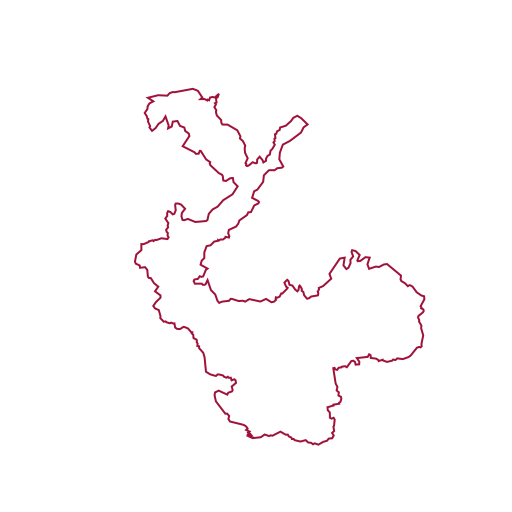 Piaxtla, Puebla, Mexico (orthographic projection), rotated 143°
{"feature_id": "50627088B9303595421400", "entity_name": "Piaxtla", "entity_type": "district", "adm_level": 2, "iso_a3": "MEX", "parent_name": "Mexico", "parent_adm1": "Puebla", "projection": "orthographic", "projection_center": [-98.274, 18.085], "detail": "fine", "context": "isolated", "style": "outline", "palette": "rose", "viewbox_px": 512, "rotation_deg": 143, "n_neighbors": 0, "source": "geoboundaries", "source_scale": "gbopen_adm2", "svg_char_len": 6108}
<svg xmlns="http://www.w3.org/2000/svg" viewBox="0 0 512 512"><g transform="rotate(143 256 256)"><path d="M254.2,438.8L258.8,437.2L259.1,433.4L260.1,430.9L259.6,430.2L261.3,428.4L262.4,423.5L263.7,422.8L263.7,418.5L259.2,418.6L254.3,420.2L249.1,419.9L244.3,421.9L247.2,412.8L249.4,410.8L245.4,410.1L241.6,413.4L237.5,411.1L238.4,405.6L235.9,401.7L237.3,398.5L236.0,394.3L237.0,391.9L248.5,387.8L242.6,375.7L242.6,373.9L240.3,372.2L237.6,373.8L236.9,373.2L237.7,363.1L236.1,358.5L237.5,357.5L237.8,355.9L235.8,344.5L234.3,341.5L234.4,339.9L236.7,336.0L234.9,334.0L229.8,333.6L227.5,332.2L229.5,328.5L228.7,322.7L237.7,319.4L248.6,320.3L256.9,318.5L262.6,319.3L268.3,318.1L273.2,313.9L274.9,314.0L284.0,319.7L288.1,326.6L291.7,327.8L293.0,329.0L291.6,332.7L289.2,335.0L284.2,336.4L284.9,342.3L286.8,345.0L288.6,346.2L289.9,345.4L292.6,340.8L295.8,338.9L297.4,339.3L297.9,342.6L299.2,344.7L301.1,343.8L302.8,341.4L305.9,340.5L306.2,335.0L308.2,333.5L309.0,331.8L312.0,331.0L312.8,329.1L312.5,327.6L314.4,325.4L314.5,323.6L316.5,322.8L320.9,327.1L325.8,328.6L326.8,329.6L328.9,329.6L329.0,330.7L332.7,332.2L333.3,331.8L338.6,333.1L340.4,334.5L344.0,329.7L350.7,329.2L356.1,324.3L356.6,322.2L354.6,318.4L355.7,316.4L351.3,313.8L351.2,310.3L354.7,304.7L354.8,303.0L353.3,301.6L353.8,295.7L352.5,290.3L357.9,288.6L356.0,282.0L357.3,280.2L363.7,279.4L368.1,277.9L368.2,275.0L366.2,271.3L368.5,265.4L369.8,264.0L369.2,259.0L367.5,258.1L367.4,257.0L365.3,254.1L363.9,253.9L362.7,251.8L361.7,251.3L363.6,247.5L362.9,245.3L360.7,243.4L356.5,243.0L355.3,241.5L353.9,239.0L353.6,234.3L352.8,233.4L353.9,232.8L353.5,231.0L355.3,228.0L353.8,225.0L354.1,224.0L355.2,222.9L355.3,221.3L357.0,219.4L355.8,218.1L356.9,216.6L356.4,210.4L358.0,206.1L365.6,193.7L363.8,189.0L360.2,184.3L357.8,184.5L355.8,182.5L354.1,180.2L354.3,179.1L353.0,176.7L351.2,176.5L351.2,175.3L349.4,174.0L350.3,171.4L347.5,170.6L347.1,169.2L348.3,166.7L353.9,166.4L355.3,163.0L356.7,162.3L360.4,163.5L362.4,162.6L366.8,170.9L370.7,171.7L372.7,170.0L373.8,167.8L375.5,164.0L375.4,148.5L373.9,147.5L373.7,144.4L376.1,142.5L376.4,139.5L368.0,129.2L366.7,126.9L366.4,124.4L366.6,123.2L368.5,123.0L366.8,119.8L368.8,119.8L368.9,119.0L367.7,118.0L367.6,115.2L370.5,118.0L371.0,117.6L368.3,112.6L361.3,108.4L356.5,108.2L353.9,104.3L352.1,103.9L351.1,102.6L342.2,101.0L339.8,95.4L338.1,94.2L338.4,92.2L337.0,89.7L337.5,88.3L336.1,87.2L335.9,85.6L332.2,81.1L327.1,79.0L326.6,75.7L324.3,73.5L323.8,71.3L321.9,71.1L319.7,67.8L314.1,67.1L310.5,65.7L307.8,66.4L304.9,64.6L302.0,65.8L301.7,68.9L298.9,69.2L296.9,73.1L295.8,73.5L291.6,78.0L291.4,80.1L293.5,80.6L294.3,82.3L291.2,86.7L291.5,89.6L289.9,92.2L284.0,89.9L283.6,90.7L278.4,87.9L277.9,88.8L276.3,88.7L273.8,90.6L272.9,92.4L274.1,95.0L271.9,97.3L272.5,100.1L269.8,102.4L269.1,106.3L261.8,119.9L260.6,119.4L261.0,117.9L259.7,116.2L257.2,117.0L254.9,115.7L254.3,116.7L254.6,116.2L251.2,114.4L250.4,112.5L243.1,114.7L241.3,113.8L240.7,111.8L241.8,109.3L238.8,107.4L237.1,109.4L236.9,113.8L227.5,108.2L224.8,109.4L224.2,107.8L225.7,105.5L221.8,101.7L220.9,99.0L221.2,98.3L217.3,96.9L217.6,96.4L215.1,92.6L210.4,90.5L208.8,90.8L207.3,89.0L204.8,89.2L200.8,85.3L195.0,83.5L192.4,83.4L182.7,85.9L180.4,85.2L179.6,84.0L178.0,84.2L176.9,86.1L170.2,92.0L167.6,98.9L165.8,100.9L165.2,105.6L164.3,106.4L163.5,109.6L162.1,110.4L156.7,110.5L155.1,111.2L154.5,112.7L155.6,114.8L154.8,115.3L154.8,116.8L147.6,120.1L146.0,122.7L147.7,124.9L149.5,130.3L149.4,137.2L150.2,139.4L151.1,140.4L152.9,140.5L153.4,144.5L155.0,148.5L154.7,150.2L152.0,153.1L156.2,170.7L159.0,172.3L164.4,173.2L166.6,175.4L173.4,177.7L172.0,182.3L166.2,186.3L169.3,189.2L175.9,189.3L177.9,190.7L177.7,191.5L172.6,194.4L173.5,200.0L175.7,202.8L177.2,201.8L178.7,197.2L183.0,196.1L184.8,193.4L189.2,191.0L191.7,191.2L191.8,195.9L186.2,201.3L190.6,203.5L208.1,197.5L209.6,192.6L220.5,191.6L225.1,192.7L225.9,191.3L228.1,190.5L228.6,188.8L230.2,187.3L236.5,190.5L238.7,190.3L240.9,191.1L241.2,195.6L239.8,198.9L240.5,200.8L239.2,202.1L238.8,205.3L238.9,206.1L239.8,205.9L242.4,203.4L244.2,202.9L244.9,205.6L244.7,210.5L246.6,212.8L245.1,216.5L245.4,218.2L249.3,217.7L250.4,213.3L249.8,211.6L250.4,211.2L257.6,210.2L258.3,210.9L261.7,209.3L264.4,210.0L264.9,211.0L266.2,210.0L266.4,208.9L269.2,208.7L271.5,209.8L273.8,215.7L279.9,217.0L287.3,225.6L292.2,226.1L293.3,228.1L296.9,230.4L301.1,236.3L302.0,237.0L304.6,236.5L310.6,240.0L313.6,240.7L313.7,243.6L311.7,249.8L312.5,255.9L309.2,265.9L313.4,263.7L314.7,264.1L315.9,265.2L315.9,266.5L321.5,270.7L320.9,273.5L319.4,274.3L316.2,272.7L313.1,273.7L312.3,272.3L310.5,271.5L304.4,275.1L302.3,275.1L305.5,282.4L302.1,285.0L298.6,285.4L295.1,290.0L289.5,293.6L285.8,291.9L280.7,292.7L277.3,291.0L276.7,291.6L276.4,290.7L274.5,290.6L272.6,289.1L269.7,289.0L268.8,289.7L266.5,287.0L265.5,287.7L264.5,290.9L262.0,293.2L254.2,291.5L250.7,292.5L247.9,294.4L238.7,294.1L235.9,295.5L233.6,294.1L227.0,297.4L222.4,296.6L221.1,297.3L221.2,298.7L224.1,304.8L218.5,308.8L214.9,308.2L205.7,310.9L201.1,315.7L194.0,316.7L189.5,313.3L186.1,313.3L182.3,311.0L180.4,311.0L179.2,319.2L174.7,324.2L167.5,328.8L159.8,327.5L145.8,327.5L140.5,330.1L135.6,330.0L137.0,338.9L138.6,343.1L142.9,343.9L146.8,342.7L153.7,342.1L159.4,344.1L161.3,342.4L164.0,342.9L166.3,341.4L167.6,341.8L169.5,338.5L170.6,338.6L172.0,336.5L173.7,336.2L174.0,333.6L178.5,331.7L181.1,331.3L183.9,328.7L186.6,329.0L189.4,327.7L190.7,326.0L193.8,326.3L193.1,328.4L193.3,333.1L196.9,332.4L199.1,329.8L200.3,330.0L202.3,332.9L207.1,332.6L209.0,333.2L209.4,334.4L208.4,335.3L208.5,336.5L203.8,339.1L202.6,345.1L200.1,349.0L198.2,350.6L197.3,355.7L198.1,359.5L196.4,361.0L195.3,367.7L199.6,378.0L203.7,381.2L203.5,383.3L202.0,385.5L202.7,391.9L201.3,395.2L200.0,396.2L199.6,400.0L196.9,401.1L196.8,402.7L195.2,402.3L193.0,406.2L191.2,405.8L188.0,407.9L193.5,407.4L195.2,409.3L197.4,410.2L199.7,408.6L200.5,410.0L201.4,409.6L202.6,412.3L205.9,414.7L203.5,414.9L203.0,422.9L205.8,427.5L222.3,435.7L223.9,437.1L227.0,438.0L230.3,437.4L237.4,443.3L247.1,447.4L244.9,441.3L249.2,442.0L252.4,440.8L254.2,438.8Z" fill="none" stroke="#9f1239" stroke-width="2"/></g></svg>